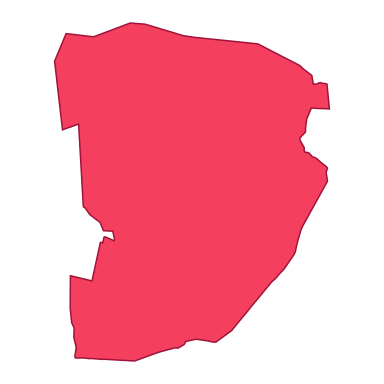 outline of Ciudad Ixtepec, Oaxaca, Mexico
{"feature_id": "50627088B46254456023080", "entity_name": "Ciudad Ixtepec", "entity_type": "district", "adm_level": 2, "iso_a3": "MEX", "parent_name": "Mexico", "parent_adm1": "Oaxaca", "projection": "orthographic", "projection_center": [-95.069, 16.617], "detail": "fine", "context": "isolated", "style": "filled", "palette": "rose", "viewbox_px": 384, "rotation_deg": 0, "n_neighbors": 0, "source": "geoboundaries", "source_scale": "gbopen_adm2", "svg_char_len": 1903}
<svg xmlns="http://www.w3.org/2000/svg" viewBox="0 0 384 384"><path d="M257.8,43.9L194.9,37.4L183.5,35.7L155.8,27.4L145.2,24.2L130.2,23.0L93.6,36.8L66.1,33.6L54.6,61.2L62.5,129.8L78.6,124.1L83.2,204.5L83.2,205.0L83.4,206.8L85.0,207.8L89.9,214.7L100.2,222.6L103.4,230.7L106.7,230.9L112.8,231.2L114.6,239.9L114.0,240.7L107.9,238.0L104.9,236.8L103.9,237.3L103.8,238.1L102.6,243.0L102.3,242.9L100.4,242.3L92.2,279.9L92.0,280.5L91.9,280.9L70.4,275.7L70.2,307.9L70.2,308.1L71.7,322.9L74.0,327.6L74.1,327.9L73.8,337.3L74.3,339.3L76.2,347.3L74.9,356.3L75.0,356.4L75.4,358.0L75.5,358.0L83.7,358.0L84.1,357.9L88.8,358.6L92.5,358.6L102.5,359.4L103.5,359.2L120.6,360.2L121.6,360.3L126.8,360.5L134.6,361.0L157.1,352.8L157.3,352.8L159.9,351.9L164.2,350.7L175.1,347.8L177.9,348.2L184.2,344.5L186.0,341.4L196.3,339.2L206.9,340.8L207.5,340.9L210.4,341.5L210.6,341.6L212.0,341.9L215.8,342.2L231.7,330.5L236.7,324.4L237.1,323.9L241.4,318.6L245.6,313.6L248.4,310.2L251.0,306.9L253.9,303.4L259.0,297.3L264.6,290.5L271.6,282.0L276.1,278.0L279.4,273.9L283.9,269.3L294.1,254.4L295.3,251.9L296.5,246.0L297.9,240.5L300.8,230.4L302.4,226.6L312.2,208.8L327.0,182.1L327.5,181.1L326.1,172.1L326.5,171.2L326.9,170.0L327.5,168.1L326.4,166.7L325.4,165.8L323.6,164.5L321.6,163.0L319.8,161.4L316.6,158.5L315.2,157.7L312.5,156.8L309.1,153.1L307.8,152.5L306.5,152.3L305.2,152.2L304.4,151.8L304.5,151.4L304.2,150.8L304.2,150.4L304.2,148.8L304.2,148.3L304.1,147.6L303.9,147.0L300.2,140.5L300.0,139.8L299.9,139.4L299.9,139.0L299.9,138.7L300.0,138.2L300.3,137.6L300.7,137.1L304.7,132.9L305.1,132.4L305.4,132.0L305.6,131.3L305.5,128.9L306.3,121.9L306.7,119.6L306.6,119.3L311.4,107.9L316.2,108.4L327.8,108.8L328.4,108.8L329.4,109.0L327.0,84.1L325.3,83.6L323.7,83.4L323.1,83.3L321.3,83.0L320.2,82.6L319.1,82.8L317.8,83.5L317.0,84.1L313.3,84.0L311.8,75.4L302.8,68.5L299.9,65.6L257.8,43.9Z" fill="#f43f5e" stroke="#9f1239" stroke-width="1.5"/></svg>